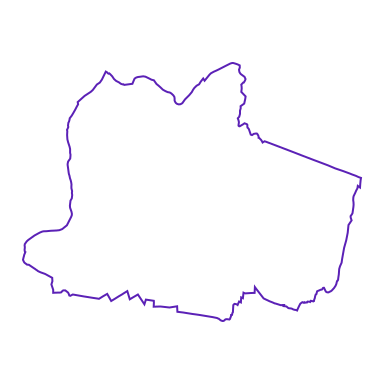 Tenampulco, Puebla, Mexico (Natural Earth projection)
{"feature_id": "50627088B49720713331936", "entity_name": "Tenampulco", "entity_type": "district", "adm_level": 2, "iso_a3": "MEX", "parent_name": "Mexico", "parent_adm1": "Puebla", "projection": "natural_earth1", "projection_center": [-97.395, 20.195], "detail": "fine", "context": "isolated", "style": "outline", "palette": "violet", "viewbox_px": 384, "rotation_deg": 0, "n_neighbors": 0, "source": "geoboundaries", "source_scale": "gbopen_adm2", "svg_char_len": 5822}
<svg xmlns="http://www.w3.org/2000/svg" viewBox="0 0 384 384"><path d="M70.3,295.8L72.8,294.5L84.2,296.5L84.3,296.5L93.1,297.9L97.2,298.5L99.0,298.8L103.2,296.2L107.2,293.9L111.2,301.0L115.0,298.7L118.8,296.3L122.4,294.2L122.7,294.0L123.0,293.8L123.1,293.7L127.3,291.1L129.8,299.3L132.1,297.9L133.8,296.9L137.9,294.5L144.4,304.3L145.9,299.6L153.8,300.8L153.9,302.4L153.7,306.7L160.5,306.5L169.5,307.5L177.1,306.3L177.4,311.8L183.2,312.5L186.9,313.1L192.6,314.0L194.9,314.3L198.5,314.8L199.8,315.0L212.6,317.1L217.0,318.0L218.2,318.6L218.7,318.7L220.0,319.8L221.2,320.6L222.6,321.0L223.6,320.9L224.4,320.4L224.8,319.9L225.3,319.5L226.1,319.2L227.0,319.2L228.0,319.3L229.4,319.5L230.1,318.8L230.3,317.9L230.8,316.8L231.1,315.6L231.1,315.0L232.0,314.9L232.1,314.5L232.4,313.0L232.9,312.2L233.3,305.1L234.3,304.0L234.5,303.9L234.9,303.9L236.3,304.2L236.8,304.4L237.6,305.0L239.1,301.5L240.9,302.4L241.2,297.4L242.9,298.2L243.5,292.7L243.7,292.8L245.2,293.4L251.1,293.0L254.6,292.9L254.9,287.1L256.0,288.6L263.6,298.4L265.6,299.4L268.0,300.5L269.4,301.2L272.5,302.4L273.2,302.7L273.6,302.9L274.7,303.4L275.4,303.5L278.0,304.3L280.5,305.1L280.9,305.2L282.9,305.0L283.4,305.0L284.0,305.0L283.6,306.1L285.5,306.3L286.5,306.5L288.1,307.9L288.7,308.2L290.5,308.4L291.7,308.6L293.2,309.4L294.5,309.8L296.0,310.0L297.1,310.5L297.7,309.0L299.1,306.0L300.3,303.7L302.3,302.2L302.7,302.2L303.1,302.5L303.4,302.7L303.7,302.8L304.0,302.8L304.2,302.6L304.4,302.3L305.0,302.7L305.5,302.5L306.0,302.6L306.5,302.3L307.1,302.4L307.6,301.6L308.9,301.7L309.4,301.7L310.1,302.0L310.8,300.8L311.3,300.9L311.7,301.0L312.1,301.2L312.5,301.2L312.8,301.2L313.2,301.0L313.3,301.1L313.5,301.3L313.8,301.1L314.0,301.0L314.1,300.0L314.8,298.1L315.1,296.4L315.7,294.5L316.1,294.3L316.4,294.1L317.1,291.3L318.4,290.7L319.5,290.3L320.0,290.0L320.7,289.7L321.8,289.6L322.1,289.4L322.4,289.0L322.6,288.6L322.8,288.2L323.1,287.9L323.4,287.8L323.7,287.8L324.0,287.8L324.1,288.0L324.4,288.6L324.7,289.3L325.4,290.7L325.8,291.5L326.1,291.8L326.6,292.1L327.1,292.3L328.3,292.4L328.7,292.3L329.3,291.9L330.7,291.3L331.7,290.6L334.0,288.1L335.6,285.7L336.4,283.8L336.4,283.7L336.6,282.8L336.7,282.2L336.9,281.7L337.1,281.1L337.3,280.7L337.7,280.6L337.9,280.2L338.1,279.6L338.2,279.1L338.2,278.4L338.3,277.9L338.4,277.1L338.8,274.5L339.2,269.0L340.0,266.3L341.6,262.7L342.0,259.8L342.3,258.0L344.1,247.9L346.2,240.4L347.7,232.8L348.3,226.9L348.5,225.0L351.6,220.4L350.7,217.7L350.7,217.4L350.7,217.0L350.6,216.7L350.6,216.3L350.7,215.9L350.9,215.7L351.2,215.3L351.9,214.3L352.5,213.2L353.4,207.0L353.6,204.7L353.5,202.3L353.2,200.2L353.3,197.8L353.6,196.2L355.2,192.9L356.0,191.0L356.3,190.4L356.7,189.6L357.4,188.4L357.8,185.9L360.0,187.5L360.3,183.5L360.6,180.4L361.0,177.9L358.6,177.1L355.8,175.8L351.9,174.4L349.7,173.5L343.2,171.1L335.2,168.4L328.1,165.4L318.3,161.7L317.8,161.5L316.7,161.1L314.0,160.1L311.4,159.1L303.0,155.9L290.1,150.9L265.9,141.7L264.8,141.4L264.6,141.3L263.9,141.7L263.2,142.1L262.6,142.5L262.0,141.3L261.1,139.9L260.1,138.9L259.2,137.9L258.6,137.8L258.6,136.8L258.5,136.2L258.3,135.7L258.1,135.2L257.9,134.9L257.6,134.6L257.5,134.2L257.2,133.9L256.8,133.5L256.0,133.5L255.4,133.6L253.7,133.9L252.9,134.5L252.4,134.9L252.0,135.1L251.3,134.8L250.8,134.5L250.7,134.5L248.9,129.2L248.2,128.2L247.5,127.6L247.3,126.0L247.4,125.0L246.9,124.2L244.5,123.3L243.1,124.3L239.7,126.3L239.1,126.2L238.6,125.8L238.5,125.4L238.9,122.4L238.9,122.0L238.5,120.3L237.8,118.3L239.2,116.8L240.0,113.9L240.0,112.7L240.0,110.7L240.7,108.2L240.6,106.2L244.2,103.6L245.2,99.1L245.6,96.4L241.3,91.9L241.7,88.6L241.6,86.6L241.3,84.6L243.3,82.5L243.8,82.5L244.7,81.1L245.4,79.6L245.5,79.0L244.5,76.8L241.5,74.6L240.7,74.0L239.9,72.9L239.4,72.0L239.0,69.7L239.7,67.9L239.8,67.4L239.7,65.4L237.6,64.4L235.6,63.7L233.6,63.1L233.0,63.0L232.2,63.0L230.4,63.5L225.8,65.8L218.6,69.5L216.3,70.6L213.8,71.7L210.9,73.3L209.4,74.8L204.6,80.7L203.2,78.5L200.7,81.7L199.1,84.3L196.6,85.7L194.3,88.0L193.1,89.7L191.8,92.1L189.2,95.2L185.0,99.4L182.3,103.2L180.5,104.2L178.8,104.4L177.1,103.9L175.9,103.0L175.1,101.8L174.6,100.6L174.6,98.6L174.4,97.0L173.4,95.4L171.4,93.5L169.8,92.5L167.6,92.1L165.4,91.1L162.9,89.7L160.4,87.3L158.6,85.7L156.5,84.0L153.9,80.3L151.5,79.7L149.2,78.5L145.5,76.7L143.2,76.3L139.7,76.8L138.0,77.0L136.3,77.5L135.2,78.2L134.6,78.6L134.0,79.9L132.4,83.8L124.2,84.9L123.5,84.3L122.7,84.4L121.1,83.9L119.9,83.1L119.2,82.5L116.1,80.9L114.0,79.0L112.2,76.3L110.3,74.3L109.3,73.4L108.6,73.7L107.9,73.3L106.9,72.2L106.4,72.0L105.8,71.6L101.9,79.6L99.8,82.6L96.9,84.5L92.8,90.0L90.7,91.9L84.6,95.9L77.7,102.1L78.1,104.3L76.9,106.4L75.2,109.7L73.2,113.2L71.7,115.7L69.7,118.3L69.7,118.8L69.4,120.2L69.0,121.6L68.4,122.7L68.0,125.6L68.3,127.0L67.7,128.5L67.0,129.9L67.3,131.1L67.1,135.0L67.4,139.4L68.1,142.2L69.6,146.8L70.1,149.1L70.1,151.5L70.1,152.9L70.5,154.7L70.4,156.6L70.2,158.6L69.0,160.3L68.1,161.6L67.7,163.5L67.6,164.8L68.1,168.3L68.7,172.9L69.0,174.4L69.4,175.4L70.0,178.3L70.7,180.3L71.2,182.4L71.5,184.6L71.4,185.9L71.4,188.1L71.5,188.6L72.1,191.1L71.9,193.0L72.2,195.0L71.8,198.4L70.5,200.6L69.9,205.8L70.1,207.8L71.5,211.8L71.9,213.8L71.8,215.2L71.2,216.8L66.9,225.3L62.2,229.1L59.3,230.2L56.4,230.5L50.4,230.8L46.6,231.2L43.6,231.3L42.2,231.6L40.0,232.5L38.3,233.4L34.5,235.5L29.6,239.0L28.1,240.1L26.7,241.4L24.8,244.1L24.6,245.5L24.8,246.8L24.8,247.9L24.6,249.6L24.7,250.8L25.0,252.1L25.3,252.2L24.2,254.9L23.9,256.3L23.7,256.9L23.5,257.7L23.0,259.8L23.3,260.5L24.0,262.0L24.6,262.8L25.7,263.6L27.0,264.6L28.9,264.8L34.5,268.6L34.9,268.8L35.6,269.4L37.0,270.3L37.8,271.0L39.4,271.8L40.8,272.4L45.0,273.9L52.2,277.8L52.4,281.2L51.4,284.4L53.2,289.8L53.2,292.8L55.3,292.7L58.1,292.6L59.9,292.6L61.3,292.3L61.8,291.6L62.4,291.0L63.2,290.4L65.3,290.4L68.1,292.6L68.8,294.0L69.3,295.5L70.3,295.8Z" fill="none" stroke="#5b21b6" stroke-width="2"/></svg>